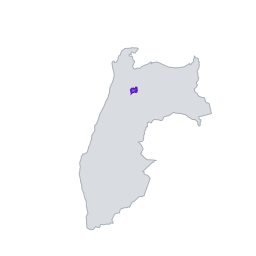 location of Rodriguez de Mendoza, Amazonas, Peru, rotated 46°
{"feature_id": "86281439B72683184025265", "entity_name": "Rodriguez de Mendoza", "entity_type": "district", "adm_level": 2, "iso_a3": "PER", "parent_name": "Peru", "parent_adm1": "Amazonas", "projection": "robinson", "projection_center": [-77.448, -6.363], "detail": "fine", "context": "in_parent", "style": "filled", "palette": "violet", "viewbox_px": 256, "rotation_deg": 46, "n_neighbors": 0, "source": "geoboundaries", "source_scale": "gbopen_adm2", "svg_char_len": 5048}
<svg xmlns="http://www.w3.org/2000/svg" viewBox="0 0 256 256"><g transform="rotate(46 128 128)"><path d="M176.3,74.5L176.2,75.2L175.4,75.6L174.7,75.1L173.7,75.2L172.1,73.6L168.3,73.9L166.7,75.8L164.2,76.2L161.5,77.1L158.4,77.4L153.5,80.5L152.4,81.7L150.2,83.5L148.5,84.1L147.6,89.6L145.8,92.8L145.1,94.6L146.1,97.3L146.0,98.6L145.1,99.6L144.2,99.8L142.6,100.9L140.1,103.3L139.7,105.2L140.5,107.7L140.2,108.0L138.2,108.4L138.2,109.8L137.8,110.3L139.5,112.3L140.5,112.8L140.5,113.3L140.4,113.8L140.0,114.0L139.9,114.4L141.2,115.9L142.1,118.9L143.9,120.3L143.9,121.2L144.4,122.2L145.4,122.9L147.5,125.8L147.5,127.2L145.3,130.3L149.0,130.3L153.1,131.4L153.7,131.9L154.2,133.3L154.3,134.3L155.1,135.0L155.0,136.7L160.4,136.8L164.0,136.3L169.7,131.1L170.6,130.6L170.1,131.8L170.0,132.6L170.3,133.5L169.7,134.8L169.5,147.6L170.6,146.9L171.9,148.1L172.9,148.2L176.0,146.7L179.6,147.0L187.9,163.7L187.2,164.8L187.2,165.7L186.2,166.4L185.1,167.8L185.0,174.4L184.2,176.4L184.6,177.5L185.1,179.6L185.8,180.9L186.0,181.7L185.9,182.0L184.8,182.7L184.7,183.9L182.6,186.3L182.2,187.9L181.4,188.4L181.2,190.2L183.1,193.2L181.8,194.9L180.7,197.5L182.6,203.0L183.3,203.8L184.2,203.8L185.4,204.2L186.1,205.1L184.5,206.1L184.2,206.5L184.3,208.3L182.6,209.7L180.4,213.1L179.7,213.3L178.6,214.4L178.4,214.9L178.6,215.4L179.5,216.4L179.6,217.7L178.0,219.2L176.8,219.4L176.4,219.8L176.8,221.9L176.8,222.9L176.5,224.0L175.6,225.2L173.2,226.5L171.0,226.7L167.3,223.5L166.1,222.2L162.5,219.6L161.9,216.7L160.7,215.4L158.4,214.3L156.6,212.9L155.2,212.2L151.9,209.0L148.8,208.0L143.2,204.7L140.1,203.6L136.2,200.5L134.0,199.6L132.3,198.2L127.2,195.1L126.3,194.1L125.6,192.5L124.4,191.6L123.1,189.5L121.2,188.3L119.3,186.7L117.1,182.3L116.0,181.3L115.9,179.3L115.2,178.4L116.3,177.7L117.0,174.6L116.6,173.1L114.0,168.9L113.5,167.1L111.6,164.0L110.9,162.0L109.4,160.6L108.7,159.4L107.9,158.9L107.8,157.4L107.2,154.6L106.4,153.2L103.3,150.6L103.0,147.7L102.3,145.7L98.1,137.7L95.6,129.9L93.5,125.6L92.7,123.1L92.6,121.8L91.0,119.5L90.2,117.4L86.7,113.4L84.7,108.9L84.4,107.5L83.1,105.1L80.9,101.8L79.8,100.6L73.1,96.6L69.9,94.2L69.6,92.9L69.7,92.2L70.4,91.5L71.4,92.1L71.9,91.8L72.4,91.0L72.4,89.6L71.8,87.9L69.7,84.6L70.2,83.1L68.1,79.2L68.6,75.5L69.1,74.5L72.3,70.7L73.2,69.1L74.6,68.1L76.0,66.5L77.7,65.4L78.2,65.8L78.7,67.8L78.6,69.2L79.1,70.7L77.9,72.0L76.6,71.8L76.1,72.1L75.9,72.7L76.1,73.8L76.5,74.2L77.4,74.2L76.1,76.2L76.2,76.6L77.1,77.0L78.0,76.5L78.9,75.3L79.4,75.2L82.7,77.1L84.2,76.9L85.4,77.8L85.5,79.2L87.1,82.0L89.6,82.7L90.0,82.4L90.5,81.4L91.1,81.2L91.2,79.7L93.3,78.1L93.6,76.9L93.3,76.1L93.3,75.5L94.6,71.8L95.0,71.5L95.3,70.3L95.8,69.6L96.5,65.5L97.1,65.5L97.7,66.5L98.3,66.2L98.0,65.3L98.1,65.0L100.4,61.7L101.1,61.0L112.4,56.5L118.0,51.8L122.9,45.4L124.5,38.8L125.1,39.3L126.0,39.1L125.7,36.5L125.9,35.2L125.9,34.8L124.3,33.3L123.7,31.5L122.4,30.5L122.4,30.2L123.8,30.5L125.1,30.4L126.2,29.3L127.1,29.4L128.9,30.9L130.3,31.0L130.7,32.1L132.0,32.8L133.9,35.1L134.8,37.6L134.7,38.0L135.6,39.3L137.4,39.9L139.2,41.7L141.1,42.3L141.9,44.0L142.5,44.5L142.7,45.4L142.4,46.5L142.7,47.1L144.1,48.1L145.3,48.1L145.5,48.6L146.2,51.3L145.8,52.7L145.9,53.4L147.5,54.1L148.0,54.7L149.2,54.8L151.0,54.2L153.2,55.0L154.9,54.7L155.6,54.5L156.4,53.9L157.1,53.9L158.8,52.2L159.3,52.1L161.1,52.8L162.7,54.0L164.6,53.8L165.4,53.1L166.8,52.6L169.3,54.1L169.8,54.8L170.5,54.9L173.2,56.4L173.6,57.0L175.1,57.5L175.4,58.0L175.3,58.5L169.0,69.6L170.9,70.5L172.7,70.0L173.7,70.7L174.3,72.5L175.8,73.7L176.3,74.5Z" fill="#d9dde1" stroke="#a8b0b8" stroke-width="1"/><path d="M103.4,100.2L103.5,100.2L103.6,100.3L103.8,100.4L103.9,100.5L104.0,100.5L104.1,100.8L104.3,100.8L104.5,100.8L104.8,100.9L105.0,100.9L105.0,101.0L105.3,101.1L105.5,101.4L105.5,101.2L105.6,100.9L105.5,100.7L105.4,100.5L105.3,100.4L105.2,100.3L105.2,100.2L105.3,100.1L105.5,100.1L105.6,99.9L105.7,99.7L105.8,99.7L106.0,99.5L106.1,99.4L106.1,99.2L106.2,98.9L106.2,98.7L106.3,98.5L106.4,98.4L106.5,98.2L106.7,97.9L106.7,97.7L106.6,97.3L106.6,97.2L106.8,97.1L107.0,97.2L107.0,97.4L107.1,97.5L107.3,97.6L107.5,97.7L107.8,97.6L107.9,97.4L108.0,97.2L108.1,96.8L108.0,96.7L107.9,96.6L107.8,96.4L107.7,96.4L107.7,96.2L107.4,96.0L107.3,95.9L107.3,95.7L107.2,95.7L107.3,95.6L107.4,95.4L107.2,95.2L106.9,95.1L106.7,95.1L106.4,95.0L106.4,94.9L106.2,94.8L106.0,94.7L105.9,94.4L105.7,94.4L105.7,94.2L105.5,93.9L105.4,93.9L105.3,94.0L105.2,94.1L105.0,93.9L104.9,93.8L104.9,93.7L104.7,93.7L104.7,93.8L104.5,94.0L104.4,94.0L104.2,94.2L104.3,94.3L104.4,94.5L104.5,94.5L104.5,94.8L104.6,95.0L104.6,95.3L104.8,95.4L104.8,95.5L104.7,95.6L104.6,95.8L104.5,96.0L104.4,96.0L104.3,96.3L104.2,96.5L104.0,96.8L103.9,96.9L103.7,96.8L103.6,96.7L103.4,96.6L103.4,96.9L103.3,97.0L103.2,97.0L102.9,97.2L102.7,97.2L102.6,97.3L102.6,97.5L102.6,97.4L102.6,97.5L102.4,97.6L102.2,97.7L102.2,97.9L102.2,98.0L102.3,98.1L102.2,98.2L102.2,98.3L102.3,98.3L102.3,98.5L102.4,98.8L102.4,99.0L102.4,99.3L102.4,99.5L102.5,99.5L102.6,99.8L102.8,99.9L103.0,99.8L103.0,100.0L103.3,100.1L103.4,100.2Z" fill="#8b5cf6" stroke="#5b21b6" stroke-width="1.5"/></g></svg>